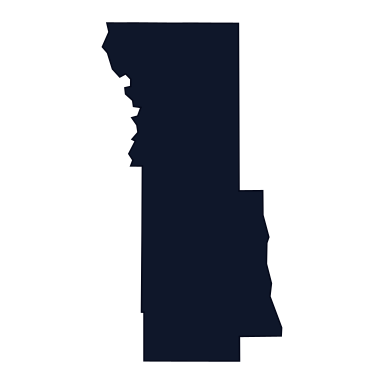 Webster, Louisiana, United States of America (Robinson projection)
{"feature_id": "52423323B93386698636065", "entity_name": "Webster", "entity_type": "district", "adm_level": 2, "iso_a3": "USA", "parent_name": "United States of America", "parent_adm1": "Louisiana", "projection": "robinson", "projection_center": [-93.395, 32.714], "detail": "fine", "context": "isolated", "style": "filled", "palette": "ink", "viewbox_px": 384, "rotation_deg": 0, "n_neighbors": 0, "source": "geoboundaries", "source_scale": "gbopen_adm2", "svg_char_len": 746}
<svg xmlns="http://www.w3.org/2000/svg" viewBox="0 0 384 384"><path d="M106.9,23.0L109.0,32.0L102.4,46.9L107.5,52.8L112.5,69.0L119.8,77.0L125.6,73.8L130.8,79.1L130.7,86.5L124.9,87.8L125.6,94.0L132.7,100.4L133.5,106.4L140.9,107.4L137.7,116.1L131.8,117.7L136.9,125.0L138.0,132.4L132.0,139.3L135.4,141.0L128.8,153.8L132.9,160.1L130.7,165.9L142.4,166.0L142.1,231.1L141.5,312.1L144.0,312.2L144.0,351.3L144.0,360.8L175.9,360.9L239.5,361.0L239.4,336.4L281.2,335.9L281.6,327.7L269.9,296.4L271.4,283.4L266.4,263.9L266.8,242.9L268.8,237.1L262.9,215.1L262.7,190.7L239.0,190.9L238.4,23.4L206.0,23.3L205.9,23.3L191.0,23.2L173.9,23.3L132.0,23.0L121.5,23.1L121.1,23.1L120.9,23.1L106.9,23.0L106.9,23.0Z" fill="#0f172a" stroke="#020617" stroke-width="1.5"/></svg>